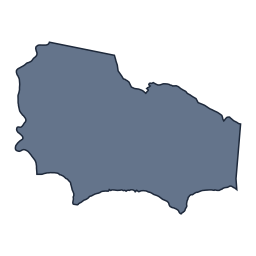 Saphire, Laborie, Saint Lucia (orthographic projection)
{"feature_id": "8701671B62248544319556", "entity_name": "Saphire", "entity_type": "district", "adm_level": 2, "iso_a3": "LCA", "parent_name": "Saint Lucia", "parent_adm1": "Laborie", "projection": "orthographic", "projection_center": [-61.013, 13.757], "detail": "fine", "context": "isolated", "style": "filled", "palette": "slate", "viewbox_px": 256, "rotation_deg": 0, "n_neighbors": 0, "source": "geoboundaries", "source_scale": "gbopen_adm2", "svg_char_len": 5775}
<svg xmlns="http://www.w3.org/2000/svg" viewBox="0 0 256 256"><path d="M240.6,124.0L238.7,123.6L236.6,122.2L233.8,120.8L232.1,119.4L231.6,118.9L230.4,118.0L229.8,117.3L229.2,117.0L227.4,117.2L226.9,117.4L225.8,118.4L225.2,119.1L224.5,120.2L223.8,120.9L223.3,120.0L222.8,119.0L222.6,117.8L222.0,115.8L221.7,115.3L221.4,115.1L220.8,114.6L217.7,112.5L216.5,111.9L213.9,110.7L212.2,109.8L210.1,108.9L208.3,107.8L207.2,107.0L204.6,105.3L202.3,104.3L198.1,102.6L196.0,98.6L192.7,96.7L191.2,95.7L190.1,94.9L188.2,93.9L187.4,93.4L186.7,92.7L186.2,91.9L185.4,91.2L182.9,89.9L182.5,89.6L180.9,88.7L178.7,86.9L178.0,86.5L176.3,85.8L175.7,85.8L174.4,85.9L173.2,85.9L172.7,86.0L171.6,85.3L170.3,85.1L169.4,84.5L167.5,84.0L164.8,83.8L163.2,83.8L161.0,84.6L160.0,84.9L158.9,85.0L157.6,84.9L155.7,84.0L154.1,83.1L153.2,82.6L152.2,83.2L150.9,83.4L150.1,83.1L149.3,83.5L148.8,84.4L149.2,85.3L150.2,86.0L149.0,87.1L147.6,87.7L146.7,88.6L147.8,89.3L148.2,89.9L148.2,90.5L147.1,91.6L145.8,93.3L142.7,90.7L141.2,90.0L138.7,89.1L135.1,88.6L134.2,88.4L132.6,87.6L131.4,87.1L129.7,83.6L129.0,82.1L127.2,80.7L125.6,79.8L125.0,79.3L123.4,78.9L121.6,75.9L118.1,70.9L117.3,65.1L116.0,61.2L115.5,59.1L114.4,55.3L49.4,42.2L49.2,42.8L48.5,43.9L47.8,44.5L47.2,44.7L46.4,45.0L45.1,45.1L43.1,45.1L39.6,45.0L38.9,45.1L38.2,45.2L37.4,45.7L36.2,46.6L35.9,47.3L35.8,47.9L35.7,48.5L36.3,51.1L36.8,52.3L36.9,52.7L37.0,53.7L36.9,54.5L36.8,55.0L36.4,55.7L36.2,56.0L35.4,56.9L34.3,57.7L33.4,58.5L32.7,59.5L31.7,60.8L31.1,61.3L30.6,61.6L28.7,62.5L27.8,62.8L27.4,62.8L27.0,63.0L26.3,63.5L25.0,64.7L23.9,65.5L22.0,66.6L21.5,66.8L20.2,67.6L18.6,68.4L17.8,68.9L17.1,69.6L16.8,70.0L16.6,70.4L16.4,70.8L16.4,71.7L16.4,72.3L16.8,73.8L17.2,74.9L17.9,75.8L18.1,76.3L19.2,78.7L19.4,80.0L19.5,81.3L19.6,82.6L19.7,83.9L19.7,84.8L19.5,87.2L19.5,89.7L19.4,90.4L18.9,92.7L18.2,94.8L18.0,95.8L18.1,99.6L18.1,100.6L18.1,102.4L18.2,103.4L18.4,104.2L18.5,105.7L19.4,109.8L19.6,110.6L19.7,111.0L20.8,112.8L21.7,113.8L22.5,115.0L23.4,115.6L23.7,116.0L25.2,118.0L25.8,119.2L25.9,120.5L25.4,121.9L25.0,122.3L24.5,122.8L23.1,125.0L22.0,126.4L21.0,127.1L20.1,127.3L18.8,127.0L18.0,127.0L17.3,127.3L16.8,128.1L16.6,129.5L16.9,130.7L18.0,132.4L19.3,133.3L20.8,134.6L22.2,136.0L22.8,137.1L22.9,138.4L22.5,139.2L19.8,141.0L17.7,143.0L16.3,144.9L15.7,145.9L15.4,147.5L15.4,148.9L15.8,149.9L16.9,150.7L18.4,151.2L19.6,151.3L21.2,150.6L22.4,149.9L23.6,149.6L25.1,149.8L26.7,150.6L28.0,151.4L29.2,152.7L30.9,154.8L31.7,156.0L34.4,159.5L35.1,160.5L36.0,162.7L36.5,166.1L36.5,168.2L36.9,173.4L36.8,174.0L36.9,174.3L38.6,174.3L40.0,174.3L41.5,174.3L42.7,174.1L43.6,173.7L45.8,173.2L47.0,172.9L49.1,172.8L49.8,172.7L50.8,172.6L51.7,172.7L54.4,172.7L57.2,173.1L58.1,173.4L58.6,173.7L59.5,174.6L60.0,174.8L60.6,174.8L62.9,175.9L63.5,176.3L64.4,177.0L65.3,177.9L65.8,178.4L67.5,179.2L67.9,179.7L68.7,180.7L69.0,181.0L69.5,181.4L70.1,182.1L70.3,182.4L70.7,183.2L70.7,184.0L71.3,186.0L71.5,186.9L72.0,188.8L72.1,189.5L72.5,190.6L72.9,191.3L73.4,192.7L73.7,193.4L73.8,193.8L73.8,195.0L73.8,195.6L73.6,196.1L73.4,196.4L73.3,196.6L73.2,197.2L73.3,198.0L73.4,198.6L73.4,199.2L73.3,199.8L73.1,200.7L72.8,202.5L72.9,203.2L73.0,203.7L73.3,204.1L73.9,204.3L77.3,204.8L77.8,204.6L78.2,204.4L78.4,203.9L78.6,203.7L78.8,203.6L79.8,203.0L80.3,202.7L80.6,202.6L81.0,202.4L83.0,200.9L84.1,200.1L84.3,200.0L84.8,199.9L85.8,199.5L87.1,198.8L88.2,198.0L88.8,197.4L89.1,196.9L89.9,196.3L90.2,196.2L91.3,196.0L93.5,194.8L94.9,194.1L97.1,193.4L97.9,193.3L99.9,192.6L100.1,192.4L100.7,192.0L101.5,191.6L102.1,191.4L102.9,191.3L103.7,191.2L104.8,191.1L106.1,191.0L106.6,191.1L108.0,191.1L108.4,191.1L108.7,190.9L109.0,190.3L109.2,189.5L109.4,189.5L109.6,189.6L109.8,189.9L110.0,190.1L110.3,190.3L110.7,190.5L111.0,190.4L112.0,189.9L114.2,190.0L117.3,190.4L120.3,190.2L121.4,189.9L121.6,189.9L121.9,190.0L122.8,190.3L123.3,190.6L123.7,190.6L124.3,190.4L124.6,190.3L125.0,190.4L125.4,190.6L125.9,191.1L126.3,191.1L126.7,190.6L126.8,190.5L128.4,190.2L128.7,190.2L129.3,190.4L129.8,190.3L130.4,189.9L130.9,189.8L131.5,189.8L132.1,189.8L132.8,189.9L133.8,190.3L134.4,190.7L134.9,191.0L135.0,191.7L135.3,191.8L135.4,191.7L135.8,191.4L136.2,190.5L136.4,190.3L136.8,190.3L137.0,190.4L137.9,191.2L138.5,191.6L138.8,191.7L139.8,191.4L140.4,191.0L140.8,190.9L141.9,190.7L142.5,190.7L143.3,190.6L143.8,190.7L145.9,190.9L147.0,191.3L147.4,191.5L148.1,191.9L150.2,192.4L151.8,193.2L153.0,194.0L154.1,194.6L155.4,195.0L155.9,195.2L156.8,195.5L158.5,196.3L159.3,196.8L162.0,198.9L163.0,199.5L164.9,200.3L166.9,201.2L167.7,201.9L168.4,202.6L168.7,203.3L169.2,205.0L169.6,205.7L170.0,206.4L170.4,206.7L170.9,206.8L171.3,207.2L171.7,207.4L172.3,207.6L173.7,207.9L174.0,208.0L176.0,208.9L177.4,209.7L178.0,210.2L178.5,210.8L178.9,211.6L179.1,212.1L179.6,212.9L180.0,213.2L180.6,213.7L181.1,213.8L181.5,213.7L181.8,213.1L182.4,212.5L183.1,212.3L183.3,212.0L183.7,211.6L184.2,211.4L184.7,210.7L184.9,210.5L185.0,210.2L185.3,209.0L185.5,208.7L186.7,206.6L186.8,205.7L186.6,204.8L186.6,204.0L186.6,203.5L186.8,202.4L187.1,200.8L187.4,200.2L187.9,199.1L188.2,197.5L188.3,197.2L188.6,197.0L189.1,196.6L189.3,196.1L189.6,195.6L190.9,194.7L191.8,194.7L192.2,194.7L192.5,194.7L193.5,194.0L194.3,193.4L196.0,192.5L196.6,192.3L197.5,192.3L201.3,190.8L202.0,190.6L203.0,190.4L203.6,190.4L206.1,190.1L207.3,190.1L207.5,190.0L208.4,190.0L209.7,189.9L211.4,189.9L211.9,190.0L213.9,190.3L214.2,190.3L214.8,189.9L215.3,190.0L217.1,190.4L218.7,190.4L219.1,190.4L219.9,190.1L220.3,189.7L220.6,189.5L221.0,189.4L221.5,189.4L221.9,189.3L222.3,188.7L222.9,188.4L224.6,187.7L227.6,187.3L229.0,186.6L229.3,186.3L230.2,186.1L230.8,186.1L231.3,186.2L231.8,186.4L232.5,186.8L233.2,187.3L233.7,187.6L234.8,188.0L235.8,188.9L236.2,189.1L236.8,189.6L236.0,178.7L240.6,124.0Z" fill="#64748b" stroke="#1e293b" stroke-width="1.5"/></svg>